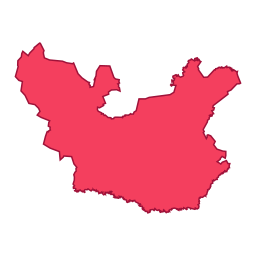 the district of Gramzdas pag., Priekules, Latvia
{"feature_id": "27541924B36591248558487", "entity_name": "Gramzdas pag.", "entity_type": "district", "adm_level": 2, "iso_a3": "LVA", "parent_name": "Latvia", "parent_adm1": "Priekules", "projection": "mercator", "projection_center": [21.675, 56.36], "detail": "fine", "context": "isolated", "style": "filled", "palette": "rose", "viewbox_px": 256, "rotation_deg": 0, "n_neighbors": 0, "source": "geoboundaries", "source_scale": "gbopen_adm2", "svg_char_len": 5850}
<svg xmlns="http://www.w3.org/2000/svg" viewBox="0 0 256 256"><path d="M37.2,115.1L41.1,117.4L49.7,120.8L48.8,122.4L48.3,126.1L50.2,127.2L50.0,128.9L50.4,130.0L48.8,130.8L48.4,131.8L47.3,131.5L46.9,132.3L45.5,136.3L43.5,144.1L50.3,148.2L59.4,151.6L60.2,159.9L63.3,157.1L63.9,156.0L71.6,156.6L74.0,164.0L76.8,167.3L76.0,168.5L76.1,171.2L75.0,172.2L73.8,174.7L74.4,177.0L74.3,180.2L73.1,184.1L74.5,185.8L73.3,187.0L73.5,188.4L74.7,188.2L75.8,188.9L75.7,190.4L74.8,190.6L75.1,191.1L76.1,190.9L76.7,191.7L77.4,191.0L77.6,191.8L78.5,191.6L78.8,191.2L78.2,190.6L80.2,190.0L81.2,191.1L82.2,191.1L82.4,191.8L83.5,191.7L84.6,192.4L84.9,192.1L84.6,191.5L83.8,191.1L85.0,189.6L87.2,189.7L88.0,188.9L91.1,190.9L91.9,190.0L92.9,189.9L93.0,189.3L93.4,190.0L94.4,189.9L94.4,190.5L95.5,190.4L96.0,191.3L96.5,190.4L96.8,191.2L97.9,191.1L98.9,193.4L99.2,193.0L99.0,192.5L100.0,193.2L101.6,192.1L101.6,192.8L102.4,192.6L102.0,193.0L103.6,194.8L104.5,194.4L104.9,193.4L105.3,193.9L105.2,193.1L105.6,192.4L106.4,192.9L107.0,192.3L107.4,192.9L108.5,192.3L108.9,192.5L108.3,192.8L108.8,193.5L109.7,193.5L110.3,192.7L110.0,191.5L111.5,191.4L111.8,191.7L110.9,192.0L111.1,193.0L110.9,194.4L113.7,194.4L113.5,194.9L114.3,195.5L113.9,195.9L115.1,196.7L114.0,197.3L114.5,197.6L116.4,197.9L117.1,197.2L117.9,198.2L118.7,198.2L119.2,197.8L119.2,196.4L120.2,197.2L120.2,196.5L121.4,196.5L122.1,197.4L123.2,197.4L123.1,198.1L123.8,198.5L123.3,198.8L124.0,199.5L126.3,200.0L126.8,201.1L126.6,201.8L127.3,202.4L129.6,201.6L128.9,200.8L129.7,200.0L132.7,201.5L133.0,201.3L132.7,200.7L134.8,200.4L135.1,201.4L136.0,202.1L138.1,203.0L138.3,203.9L140.3,203.9L140.6,204.4L139.1,205.6L140.1,206.3L142.1,206.2L142.7,207.4L142.2,207.9L142.5,209.1L143.6,208.4L143.6,210.0L144.4,209.8L145.3,211.4L147.0,211.3L147.8,212.9L149.9,212.2L150.1,211.7L149.4,211.1L150.4,210.6L150.3,209.8L152.9,209.5L154.1,210.5L155.0,209.5L154.6,209.0L154.9,208.5L156.5,210.1L157.6,210.4L158.9,209.8L160.3,212.3L160.9,212.1L160.4,210.8L162.1,211.9L164.0,211.5L163.4,210.2L163.7,209.8L166.2,212.6L166.9,212.0L168.1,212.2L168.6,211.3L169.6,211.6L169.2,210.2L170.0,209.6L171.4,210.0L171.9,209.4L171.4,209.0L171.7,208.6L174.4,208.1L177.6,208.9L177.0,209.4L178.4,210.1L178.2,209.3L179.3,209.8L179.7,209.0L180.4,209.9L181.2,209.8L180.8,209.1L181.1,208.4L183.3,209.0L183.7,207.7L186.6,209.5L187.1,209.1L186.6,208.0L187.8,207.4L190.0,207.9L190.7,208.9L191.2,208.4L194.9,209.3L195.4,209.0L195.4,208.1L197.1,209.0L198.6,208.0L199.0,206.0L198.0,204.7L199.4,203.7L199.0,201.7L199.3,201.4L199.0,201.2L199.3,200.7L198.9,199.7L199.2,198.4L200.0,198.1L199.6,197.6L200.3,197.1L202.6,197.3L204.8,195.6L205.6,196.1L205.4,195.3L206.6,194.6L207.5,191.1L207.9,190.8L207.7,189.7L209.1,189.4L209.3,188.5L210.3,187.8L210.4,186.4L210.9,186.0L210.5,185.2L211.3,183.6L212.7,183.2L212.5,180.8L213.1,181.1L213.5,180.1L214.2,180.7L215.8,179.5L217.2,179.4L217.0,178.6L217.3,177.6L218.4,177.1L218.7,175.5L220.2,174.9L220.1,174.5L220.8,174.4L221.1,173.6L222.7,173.7L223.2,173.2L222.8,172.8L223.3,172.8L223.6,171.9L224.9,172.0L224.8,170.8L226.7,171.6L227.6,169.0L228.2,168.9L228.0,168.5L228.5,167.9L229.5,167.7L229.1,166.0L229.8,163.6L228.0,163.6L226.4,160.6L222.3,162.2L220.8,164.0L217.1,161.7L220.2,159.4L220.3,158.5L222.1,156.4L225.2,158.2L225.8,155.6L225.8,151.4L222.8,151.1L216.9,149.1L213.6,144.7L215.2,141.4L210.7,135.8L208.0,134.8L207.1,135.3L207.1,137.2L206.3,138.6L203.3,132.6L204.2,131.6L203.4,130.1L203.3,129.3L207.3,122.1L207.6,120.2L209.2,119.0L209.2,117.5L210.2,116.1L209.5,115.4L210.6,114.9L211.1,116.2L212.1,115.9L212.3,114.2L213.6,113.7L211.8,110.7L213.7,110.0L214.3,107.8L212.8,107.5L213.2,105.6L228.0,94.2L227.5,91.6L231.0,90.0L236.9,83.9L239.7,83.7L240.6,83.1L237.7,75.8L237.0,73.2L237.4,71.5L236.6,71.8L234.3,70.2L233.1,70.6L233.6,69.8L232.0,69.1L232.1,70.4L231.7,70.5L231.1,69.6L231.4,68.4L230.0,68.5L229.8,67.8L230.1,67.5L229.1,67.2L227.2,67.5L227.3,67.1L226.7,67.0L226.6,66.2L224.0,67.9L222.0,67.2L222.2,67.9L221.9,67.9L221.2,67.1L220.4,67.9L219.2,67.2L218.1,67.7L217.9,68.4L215.7,68.7L215.3,69.9L214.4,69.8L207.6,77.1L203.7,77.3L198.7,70.2L198.4,69.6L198.7,68.9L197.6,66.5L200.9,61.6L199.9,61.1L199.0,59.5L198.3,59.7L197.9,60.6L197.0,60.3L196.8,59.0L197.9,58.7L197.2,57.8L194.8,58.6L194.7,59.4L195.4,60.4L194.6,60.9L191.3,59.0L190.9,59.8L189.0,60.3L188.1,61.2L188.8,62.1L188.7,62.7L187.2,64.3L187.3,66.4L186.3,66.0L185.8,66.5L186.4,67.4L186.0,68.0L183.9,67.3L183.2,67.7L183.3,68.7L182.7,69.9L184.6,71.8L182.8,72.7L182.9,73.9L183.6,75.4L183.0,76.2L180.5,77.2L178.7,76.1L178.3,75.0L177.5,75.8L177.5,75.3L176.9,75.0L176.4,75.8L175.8,74.8L172.9,76.2L172.9,77.3L173.5,78.4L174.7,78.3L174.3,80.0L173.8,80.5L171.8,80.1L172.0,82.0L173.3,81.5L173.5,83.4L172.9,84.4L171.1,84.2L170.6,85.0L171.4,86.0L172.8,85.1L175.9,85.4L173.9,92.3L170.0,94.7L149.2,97.4L145.4,98.9L139.0,98.9L136.2,110.7L134.0,112.2L133.4,114.0L131.1,114.2L130.7,113.7L128.5,115.2L125.4,115.0L124.9,115.2L125.2,115.9L123.3,116.3L122.8,117.3L122.5,116.7L122.0,117.3L115.3,117.2L114.2,117.5L113.7,118.6L111.4,118.9L110.9,117.7L108.0,117.5L105.3,115.1L104.2,115.5L103.3,113.7L101.5,114.1L101.7,112.9L98.3,111.3L97.4,109.8L97.6,107.2L99.6,107.8L103.6,105.5L103.1,104.3L105.5,103.3L102.8,96.5L108.7,94.2L108.5,92.0L111.4,90.0L116.7,89.7L120.0,91.1L119.4,87.7L118.5,86.8L118.7,84.7L117.8,83.9L119.5,83.0L118.9,81.7L119.2,79.7L115.5,79.0L113.9,77.5L109.8,66.0L100.0,65.7L96.5,71.2L96.0,76.0L94.4,79.4L95.1,79.2L93.5,86.5L90.1,87.3L90.2,85.5L89.8,85.6L88.9,83.9L89.5,82.5L87.8,82.0L82.0,77.9L78.0,73.7L73.6,63.0L72.5,63.7L66.6,62.8L62.5,61.2L49.6,60.0L44.4,57.9L43.5,54.0L43.4,52.3L44.0,50.6L40.3,43.3L39.6,43.1L34.1,47.6L34.0,48.7L29.8,53.0L28.2,55.7L22.8,51.3L21.8,53.5L21.3,57.0L17.9,60.7L17.7,65.4L18.2,66.5L15.4,76.6L18.9,80.4L22.4,81.5L21.0,90.9L25.1,95.4L28.9,103.4L34.9,104.6L38.5,108.2L40.0,111.4L37.2,115.1Z" fill="#f43f5e" stroke="#9f1239" stroke-width="1.5"/></svg>